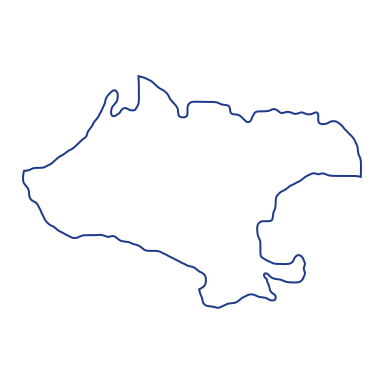 outline of Las Yayas de Viajama, Azua, Dominican Republic
{"feature_id": "3306468B57328361484840", "entity_name": "Las Yayas de Viajama", "entity_type": "district", "adm_level": 2, "iso_a3": "DOM", "parent_name": "Dominican Republic", "parent_adm1": "Azua", "projection": "orthographic", "projection_center": [-70.973, 18.597], "detail": "fine", "context": "isolated", "style": "outline", "palette": "blue", "viewbox_px": 384, "rotation_deg": 0, "n_neighbors": 0, "source": "geoboundaries", "source_scale": "gbopen_adm2", "svg_char_len": 6017}
<svg xmlns="http://www.w3.org/2000/svg" viewBox="0 0 384 384"><path d="M199.1,289.4L200.2,293.6L201.8,297.3L202.9,302.0L203.5,303.3L204.4,304.3L205.4,305.2L206.0,305.5L207.4,306.0L213.8,306.8L217.3,307.8L218.4,307.8L219.6,307.5L223.7,305.7L226.7,304.2L228.0,303.7L229.4,303.5L233.7,303.0L235.8,302.5L237.8,301.4L241.2,298.6L242.5,297.7L247.9,295.0L249.9,294.4L252.1,294.4L253.5,294.6L254.8,295.1L257.2,296.2L258.5,296.7L259.9,297.0L264.2,297.6L265.6,297.9L266.9,298.4L269.2,299.7L270.5,300.2L272.5,300.5L273.7,300.3L274.4,300.1L274.9,299.7L275.3,299.1L275.6,298.5L275.7,297.3L275.5,296.1L274.9,295.0L274.5,294.6L272.0,292.9L271.2,292.0L270.4,290.9L269.9,289.6L268.9,285.5L267.3,281.8L266.6,279.0L264.8,277.3L264.2,276.3L263.9,275.1L264.1,274.4L264.4,273.8L265.1,273.4L265.7,273.3L266.9,273.6L267.9,274.2L269.6,276.0L271.8,277.7L273.0,278.3L275.3,278.9L280.8,279.7L282.1,280.2L285.1,281.5L286.5,281.9L288.7,282.2L290.9,282.4L294.7,282.5L297.0,282.4L298.5,282.2L299.9,281.8L301.0,281.0L302.0,280.1L302.8,279.0L304.6,274.9L304.9,273.7L304.9,272.6L304.0,269.9L303.8,268.6L304.0,267.3L304.9,264.6L304.9,264.0L304.8,262.9L303.2,258.7L302.5,257.5L301.2,256.1L300.0,255.4L299.3,255.2L297.9,255.2L297.2,255.4L296.1,256.1L294.8,257.6L293.1,261.1L291.7,262.6L290.6,263.3L289.9,263.5L288.4,263.9L284.3,264.1L276.9,263.9L274.4,263.6L272.9,263.2L269.3,261.5L266.7,260.4L265.0,259.4L261.9,257.3L261.4,256.9L260.8,255.6L260.5,254.1L260.4,252.6L260.4,245.3L260.3,242.0L259.7,239.7L258.3,236.7L257.9,235.3L257.4,232.9L257.2,230.4L257.2,228.0L257.4,226.5L257.7,225.1L257.9,224.4L258.7,223.3L259.7,222.4L260.9,221.7L261.6,221.4L263.1,221.2L268.4,221.2L269.8,221.0L271.1,220.6L271.7,220.2L272.1,219.7L272.4,219.1L272.7,217.9L273.3,213.1L273.7,211.8L275.0,208.8L275.3,207.3L275.6,204.9L275.7,200.2L276.1,197.8L276.3,197.1L277.0,195.8L278.5,194.0L279.6,193.0L280.7,192.0L282.0,191.3L285.2,189.7L290.5,185.7L293.7,184.2L296.6,182.6L300.4,180.7L305.1,177.0L306.4,176.2L311.2,173.9L313.1,173.3L314.4,173.3L315.6,173.5L317.2,174.1L318.3,174.2L319.4,174.1L321.5,173.5L322.8,173.4L324.7,173.8L327.1,174.8L328.4,175.3L331.5,175.8L335.6,175.9L354.5,176.0L357.8,176.2L360.8,176.9L361.0,165.7L360.9,162.5L360.7,160.2L360.2,158.0L358.8,155.0L358.4,153.7L358.0,151.5L357.7,147.9L357.2,145.8L354.3,139.6L353.5,138.3L351.5,136.0L344.9,129.3L343.4,127.6L342.0,125.7L340.3,124.2L337.5,122.2L335.6,121.4L334.2,121.2L332.7,121.2L331.3,121.4L330.0,121.9L327.1,123.4L324.9,124.0L323.3,124.1L321.8,124.1L320.4,123.7L319.8,123.4L319.2,122.9L318.8,122.4L318.4,121.0L318.2,119.6L318.3,115.4L318.0,114.1L317.8,113.5L317.4,113.0L316.8,112.6L316.2,112.5L315.6,112.4L314.5,112.7L312.5,113.7L311.2,114.1L309.2,114.4L307.1,114.2L305.8,113.8L303.4,112.8L301.5,112.4L300.2,112.6L297.4,113.6L295.4,113.9L293.5,113.6L290.6,112.3L288.5,112.0L287.1,111.9L285.8,112.1L282.9,113.0L281.8,113.1L281.2,113.0L280.0,112.4L277.3,110.4L276.1,109.6L275.5,109.4L274.1,109.1L273.5,109.1L272.2,109.4L269.3,110.7L267.8,111.0L264.7,111.3L258.5,111.4L257.1,111.6L255.8,112.0L254.7,112.8L254.1,113.8L252.2,117.2L251.3,119.5L250.7,120.6L249.9,121.5L249.4,121.8L248.2,122.2L247.5,122.1L246.9,121.9L245.7,121.1L241.4,116.9L239.5,115.5L238.8,115.1L237.4,114.7L232.7,114.1L231.6,113.6L230.7,112.7L230.3,111.5L229.9,108.5L229.6,107.3L229.0,106.2L228.0,105.5L226.7,105.2L222.6,104.6L221.3,104.3L218.3,102.9L216.9,102.4L215.4,102.2L213.0,102.0L194.5,101.7L192.2,101.9L190.8,102.4L189.6,103.1L188.7,104.1L188.0,105.2L187.8,106.0L187.5,108.3L187.5,113.6L187.2,114.9L187.0,115.6L186.6,116.2L186.0,116.6L184.8,117.2L182.9,117.4L180.9,117.1L179.7,116.6L179.2,116.1L178.5,115.0L178.3,113.7L177.9,109.6L177.5,108.2L176.8,106.9L175.4,105.0L172.2,101.5L170.7,99.7L169.8,98.4L168.2,95.2L167.4,94.0L165.8,92.3L163.5,90.4L160.4,88.8L159.1,88.0L157.3,86.5L153.2,82.7L152.0,81.7L150.7,80.8L144.6,77.8L138.5,76.2L138.8,83.3L138.9,99.1L138.7,102.2L138.3,104.4L137.7,105.6L135.8,108.8L135.0,109.8L133.8,110.3L131.8,110.4L129.8,110.0L126.5,108.3L125.1,108.1L123.8,108.3L122.7,108.9L121.7,109.7L121.0,110.7L120.0,112.3L119.2,113.2L115.7,115.6L114.6,116.1L114.0,116.2L113.3,116.2L112.7,116.0L112.1,115.6L111.6,115.1L111.4,114.5L111.1,113.2L111.1,111.9L111.2,110.5L111.7,108.4L111.9,107.7L112.7,106.4L115.6,103.0L116.9,101.1L117.5,99.0L117.7,96.8L117.7,94.6L117.5,93.2L117.2,92.5L116.5,91.5L115.6,90.6L115.0,90.4L114.3,90.3L113.6,90.4L113.0,90.6L111.9,91.3L109.9,93.2L107.9,95.4L106.6,97.2L105.7,99.2L104.8,103.4L104.3,104.6L102.8,107.6L101.8,110.2L99.8,113.7L98.6,116.2L97.4,118.1L94.5,121.5L93.7,122.8L92.1,125.9L88.5,130.7L87.5,132.6L86.6,135.7L86.0,136.8L85.6,137.2L83.5,138.7L81.9,140.0L75.1,146.5L73.4,148.0L71.6,149.2L68.4,150.8L63.0,154.8L59.9,156.4L58.7,157.2L57.0,158.6L52.6,162.6L50.3,164.3L47.7,165.5L44.8,167.0L43.5,167.5L41.3,167.8L36.1,167.9L33.9,168.1L32.5,168.5L29.5,169.9L28.2,170.3L26.8,170.6L24.1,170.8L23.5,173.1L23.1,176.1L23.0,179.1L23.3,181.3L23.7,182.7L24.1,183.4L24.9,184.6L27.3,187.5L28.4,189.4L28.9,191.5L29.3,195.8L29.9,197.9L30.6,199.0L31.5,200.0L32.5,200.8L35.4,202.3L36.4,203.2L37.3,204.1L38.0,205.3L38.9,207.2L40.5,210.1L41.8,213.3L43.4,216.3L44.5,218.8L45.2,220.1L47.1,222.5L48.8,224.0L50.0,224.9L53.8,226.8L58.5,230.6L59.8,231.4L62.4,232.6L65.8,234.6L68.4,235.8L71.3,237.3L72.6,237.8L74.8,238.0L76.9,237.8L78.2,237.3L80.5,236.2L81.9,235.7L83.3,235.4L85.7,235.2L95.9,235.1L100.7,234.8L103.7,235.5L107.2,236.7L108.3,236.9L109.3,236.8L111.5,236.1L112.8,236.0L113.4,236.1L114.1,236.3L115.4,236.9L118.8,239.6L120.7,240.8L122.8,241.3L128.6,242.1L129.9,242.5L132.9,243.9L137.0,245.0L138.4,245.5L140.3,246.6L143.8,249.4L145.1,250.1L145.8,250.4L147.3,250.7L148.9,250.9L155.2,250.9L157.5,251.1L159.0,251.4L160.4,251.8L163.3,253.4L165.9,254.5L169.4,256.5L172.0,257.7L175.5,259.6L178.1,260.8L181.5,262.7L184.1,263.8L187.1,265.4L188.4,265.9L192.5,266.9L193.9,267.4L195.1,268.2L198.7,271.0L199.9,271.8L202.4,273.0L204.0,274.2L205.2,275.9L205.4,276.6L205.8,278.0L205.9,280.9L205.8,282.4L205.4,283.8L204.8,285.1L203.5,286.7L201.8,287.9L199.1,289.4Z" fill="none" stroke="#1e3a8a" stroke-width="2"/></svg>